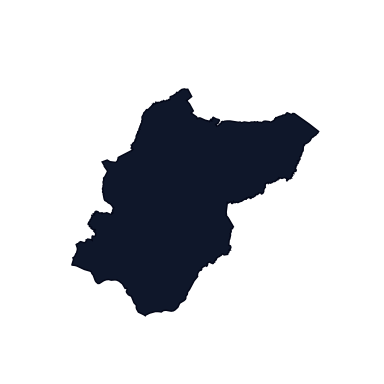 outline of Huamboya, Morona Santiago, Ecuador, rotated 152°
{"feature_id": "8360857B57232990650034", "entity_name": "Huamboya", "entity_type": "district", "adm_level": 2, "iso_a3": "ECU", "parent_name": "Ecuador", "parent_adm1": "Morona Santiago", "projection": "orthographic", "projection_center": [-77.997, -1.985], "detail": "fine", "context": "isolated", "style": "filled", "palette": "ink", "viewbox_px": 384, "rotation_deg": 152, "n_neighbors": 0, "source": "geoboundaries", "source_scale": "gbopen_adm2", "svg_char_len": 6088}
<svg xmlns="http://www.w3.org/2000/svg" viewBox="0 0 384 384"><g transform="rotate(152 192 192)"><path d="M291.3,104.7L290.7,105.1L286.4,105.0L280.5,103.7L277.4,102.0L275.4,100.5L273.1,100.8L271.8,100.4L270.4,99.8L266.3,96.6L264.4,95.9L262.5,95.9L258.6,96.9L255.7,99.2L254.6,99.7L250.1,99.9L248.2,100.4L247.3,101.2L246.6,102.7L244.3,103.8L242.7,105.9L240.2,107.0L231.9,112.6L226.7,114.8L226.4,115.9L224.8,117.9L222.4,119.1L220.5,118.7L219.5,119.5L219.1,120.6L215.5,120.7L214.2,120.3L213.9,119.6L213.2,119.8L212.3,120.6L212.3,121.7L212.0,121.9L209.1,121.9L208.6,121.8L208.7,120.8L208.4,120.4L207.3,119.1L206.8,119.0L205.6,119.7L204.9,119.5L204.2,120.7L202.8,120.7L202.1,121.2L201.7,121.9L199.4,122.4L198.0,122.2L197.1,122.5L196.1,122.4L194.4,123.1L193.8,122.7L193.2,121.4L189.8,120.2L189.2,121.2L188.2,121.3L186.5,122.9L185.6,122.8L186.0,123.6L184.8,123.8L183.6,125.0L183.4,126.4L184.5,127.9L181.8,132.1L180.8,132.8L178.1,136.0L177.9,137.3L176.8,137.9L175.6,139.2L175.7,140.4L174.7,140.8L173.4,140.7L172.8,141.5L171.8,141.8L172.2,152.2L172.8,155.4L172.3,155.7L171.3,158.2L165.7,166.2L165.1,165.2L162.3,165.2L162.0,164.6L162.4,163.4L162.0,163.0L161.0,163.0L159.8,164.2L159.6,163.2L159.1,162.4L157.5,162.2L156.4,161.1L154.0,161.0L152.5,160.6L149.1,161.0L147.4,160.2L146.6,161.2L145.7,160.5L144.2,160.8L143.8,160.4L143.6,159.0L143.0,158.7L142.5,158.9L142.1,159.9L140.8,158.7L137.6,159.0L137.0,159.9L135.2,159.0L133.6,159.7L131.7,159.1L131.6,157.7L131.3,157.5L129.6,157.8L128.5,158.7L127.6,160.3L126.3,161.3L125.0,161.8L124.8,162.8L123.3,164.8L120.8,164.8L120.7,163.8L119.5,164.3L118.9,163.1L116.8,162.8L116.1,163.2L113.8,162.4L111.2,162.8L110.3,162.5L109.9,163.3L108.8,162.9L108.4,163.8L106.2,161.8L103.6,161.4L101.9,159.2L103.0,157.8L102.9,157.3L100.3,158.2L98.8,157.6L98.4,157.9L97.6,157.7L97.7,158.4L96.8,159.1L96.1,159.0L95.9,159.9L95.2,159.7L95.2,160.5L94.6,160.8L94.3,161.4L93.5,160.7L93.4,161.7L92.5,162.0L91.2,161.7L90.1,161.8L89.6,162.8L90.1,163.7L89.0,164.7L88.9,165.5L88.3,165.5L88.1,166.3L87.1,166.3L86.2,167.5L85.0,167.5L84.8,168.4L83.7,168.6L83.5,168.9L83.8,169.9L82.8,169.6L81.3,170.2L80.3,172.5L78.9,172.6L77.9,173.9L77.2,174.1L77.2,174.7L76.4,175.2L76.4,175.5L74.6,176.2L72.8,179.2L71.8,180.3L70.8,180.6L70.9,181.3L66.3,181.3L63.5,182.0L61.4,183.5L59.8,184.0L59.4,183.7L58.8,184.0L55.6,184.3L54.6,184.9L53.5,185.0L51.8,186.0L56.7,197.0L64.8,213.1L66.1,214.0L67.6,213.7L68.1,213.9L70.7,217.2L71.3,217.3L73.5,216.3L75.7,217.2L76.6,217.0L79.5,217.7L82.2,217.9L83.1,218.3L83.6,217.6L84.6,217.7L85.7,216.7L89.7,216.6L90.9,218.0L94.1,220.2L95.5,220.7L98.0,220.4L98.5,221.2L100.5,222.2L101.2,223.3L102.8,223.5L103.6,224.5L105.1,224.9L106.8,225.9L108.9,226.3L113.0,229.3L115.7,229.8L116.7,231.2L118.4,231.8L125.2,236.9L127.7,238.2L130.2,239.2L131.5,239.3L132.1,240.0L133.2,240.0L134.2,238.8L135.7,239.0L137.4,238.2L139.2,238.4L139.3,240.5L138.6,240.2L137.5,240.6L136.9,240.5L134.3,242.2L134.1,242.8L134.4,243.4L136.4,245.2L138.2,248.0L138.7,247.9L138.8,247.2L139.5,247.2L139.6,246.5L140.8,246.4L141.0,247.2L141.3,247.3L141.8,246.8L141.7,246.1L142.3,246.7L143.7,246.0L144.0,246.8L146.7,249.2L149.9,253.4L151.0,254.1L152.9,254.2L152.7,255.1L152.8,256.3L155.7,262.1L152.8,263.0L152.9,271.1L153.5,273.3L153.4,274.9L153.7,275.3L147.5,276.4L147.5,284.7L150.1,285.9L150.0,286.3L150.4,286.6L152.8,287.3L155.8,286.9L157.2,286.2L158.8,287.1L160.0,286.2L162.3,286.1L163.0,285.8L166.4,286.3L167.9,284.2L168.9,283.9L169.3,284.5L170.1,284.1L171.2,284.8L173.2,284.6L174.2,286.1L175.1,285.7L176.0,286.2L176.3,285.7L177.1,286.3L177.9,286.0L180.1,287.1L180.6,286.8L180.9,287.3L181.8,287.3L181.8,288.1L183.5,287.1L184.4,288.1L184.9,287.3L185.4,287.3L185.7,287.7L186.0,287.0L187.1,287.0L187.9,286.4L188.6,286.5L192.3,285.2L192.9,285.9L193.6,286.0L195.5,285.0L197.3,284.5L198.7,283.1L200.8,281.8L201.5,280.5L201.4,279.5L202.1,279.2L203.2,278.1L203.2,277.4L203.7,276.8L204.9,276.3L205.5,275.7L205.5,275.3L207.1,274.5L207.4,273.8L208.7,272.9L208.7,271.9L209.4,272.2L210.0,271.0L211.4,270.8L212.2,269.8L212.0,269.0L213.1,269.1L215.0,267.6L215.8,266.2L215.6,265.8L217.5,265.0L217.6,264.1L218.3,264.1L218.5,263.6L219.1,263.4L219.4,262.9L220.5,263.0L221.7,262.6L222.8,261.6L223.6,261.9L223.7,261.4L223.3,260.7L223.7,259.6L224.2,259.4L224.5,259.8L225.0,259.4L224.6,259.1L224.7,258.4L224.1,257.6L224.4,257.4L224.9,257.7L225.2,256.9L240.9,257.1L241.1,256.3L241.9,256.0L242.9,254.7L245.0,253.9L245.9,254.2L250.2,257.2L251.9,260.0L257.2,260.7L257.0,257.0L257.4,255.8L256.7,250.6L257.1,249.6L261.7,246.4L263.5,245.8L264.4,243.8L265.8,242.6L266.7,240.0L267.6,239.3L268.2,238.0L269.2,237.3L269.7,236.4L269.8,235.3L270.9,234.0L271.0,232.9L270.7,231.9L271.4,231.6L272.8,227.1L272.9,225.5L271.5,223.3L271.0,221.7L269.6,219.8L269.0,217.4L269.0,215.9L268.5,215.0L270.9,212.8L271.9,210.4L272.4,210.3L272.7,211.2L273.8,210.2L274.7,210.7L277.0,213.7L278.6,214.0L281.5,215.2L281.2,215.8L283.8,216.9L284.3,218.7L285.3,219.7L285.9,219.3L286.2,219.9L286.8,219.4L287.2,219.7L287.6,218.9L288.4,219.0L288.7,218.7L289.2,218.9L289.0,217.8L291.4,218.4L291.7,217.0L292.6,216.8L293.0,216.0L293.5,215.9L294.1,215.3L295.2,215.1L295.9,214.1L297.5,213.7L297.9,213.0L298.8,212.5L298.8,211.9L297.8,211.1L298.7,209.7L297.2,208.0L298.1,207.5L298.0,207.1L296.8,205.1L295.2,204.4L295.0,204.0L295.3,203.7L297.0,203.5L296.4,201.0L297.4,199.1L298.3,198.6L299.5,198.7L300.3,199.8L300.9,199.8L302.0,198.1L302.8,196.2L303.3,197.1L306.2,199.4L307.3,199.2L307.9,199.4L308.6,198.1L310.3,197.6L311.4,198.2L313.6,200.4L315.1,200.5L316.4,199.8L317.4,200.1L318.9,200.0L319.5,196.4L320.3,194.8L322.7,192.2L323.7,191.9L325.1,190.6L327.1,189.7L328.0,189.8L328.3,188.0L332.1,184.2L332.2,183.8L329.6,182.0L328.3,180.7L323.4,174.2L319.1,170.0L318.4,169.0L318.6,167.0L318.2,164.9L319.0,159.0L318.8,157.4L318.0,155.4L316.7,154.8L311.6,155.2L309.1,154.9L306.6,153.9L304.7,152.1L301.2,150.6L299.7,149.5L298.2,147.5L296.5,143.5L296.3,138.3L294.9,137.8L294.8,137.5L295.3,135.9L296.5,135.2L296.9,133.9L296.4,131.1L294.4,128.3L295.2,121.4L294.3,118.0L295.5,116.0L295.8,114.7L295.7,111.1L292.3,106.5L291.3,104.7Z" fill="#0f172a" stroke="#020617" stroke-width="1.5"/></g></svg>